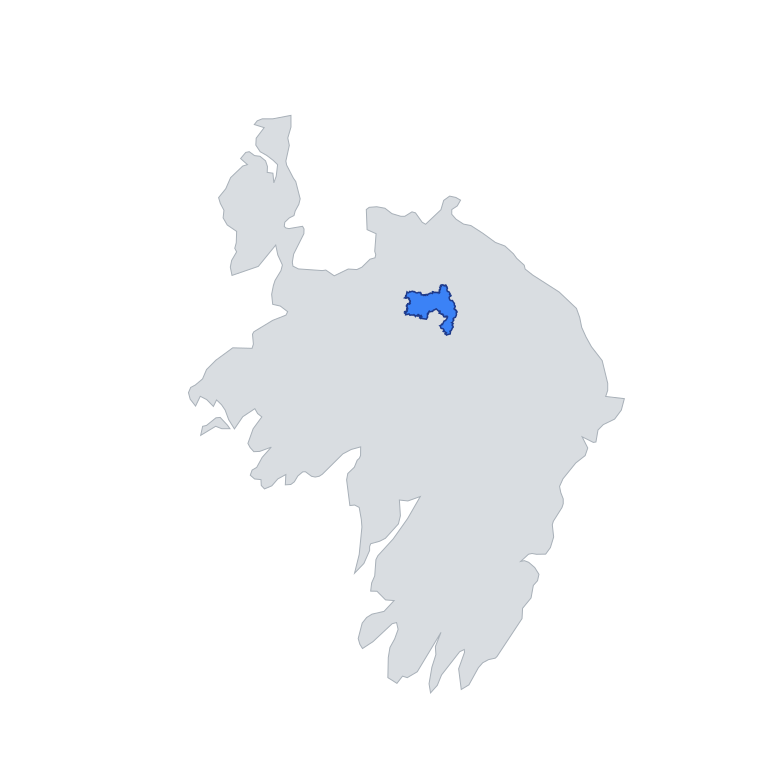 Kinnegad Lea-5, Westmeath, Ireland shown in context, rotated 318°
{"feature_id": "5873133B19400646094396", "entity_name": "Kinnegad Lea-5", "entity_type": "district", "adm_level": 2, "iso_a3": "IRL", "parent_name": "Ireland", "parent_adm1": "Westmeath", "projection": "orthographic", "projection_center": [-7.232, 53.592], "detail": "fine", "context": "in_parent", "style": "filled", "palette": "blue", "viewbox_px": 768, "rotation_deg": 318, "n_neighbors": 0, "source": "geoboundaries", "source_scale": "gbopen_adm2", "svg_char_len": 9474}
<svg xmlns="http://www.w3.org/2000/svg" viewBox="0 0 768 768"><g transform="rotate(318 384 384)"><path d="M473.3,143.3L460.2,152.7L458.1,156.2L454.4,170.4L453.9,174.5L445.6,190.3L440.9,193.5L433.8,196.0L429.8,198.6L424.8,197.2L418.5,197.4L415.3,200.2L415.5,202.4L417.3,204.9L429.0,212.3L428.3,215.3L425.0,218.7L403.8,227.0L397.4,232.1L395.2,235.5L397.4,241.2L414.1,258.5L417.0,260.4L419.4,270.3L434.3,274.6L440.4,280.8L445.7,282.4L457.1,281.9L461.8,284.2L464.4,282.4L465.9,279.2L478.7,267.0L474.7,258.0L487.6,242.5L491.2,242.8L497.2,247.4L502.3,254.0L503.9,262.7L508.7,270.6L511.7,273.3L520.0,274.8L521.9,277.9L520.6,289.3L521.8,293.1L542.9,292.6L551.2,287.5L558.5,288.3L562.2,293.4L563.9,298.6L557.6,300.7L551.1,299.7L547.9,303.2L547.8,309.8L550.1,318.4L554.6,324.4L558.3,338.1L561.5,353.3L566.2,362.4L567.3,373.8L566.7,379.4L567.7,389.5L565.8,393.0L567.4,402.5L575.7,432.8L577.6,456.6L573.9,465.6L568.8,474.2L565.6,484.2L563.1,495.1L561.8,512.6L550.7,533.2L546.0,538.4L540.4,541.6L552.8,555.7L542.9,562.2L531.9,564.4L519.8,560.9L512.2,561.4L502.7,568.9L500.5,567.5L495.9,555.8L492.6,567.9L485.6,571.8L473.6,571.0L453.6,574.2L445.9,577.6L442.7,583.0L440.3,589.3L437.1,592.9L433.6,594.9L418.0,599.3L414.9,601.2L407.7,611.2L398.2,616.9L390.3,618.6L383.4,612.6L380.6,609.0L377.5,607.2L366.8,607.3L370.1,609.2L372.2,613.3L373.2,621.3L371.8,629.1L366.5,632.9L360.2,633.6L350.1,641.4L336.9,643.4L329.6,650.7L285.7,662.1L283.3,662.2L277.3,658.8L270.9,657.2L264.3,658.0L245.8,664.4L237.0,662.7L248.9,645.6L264.3,637.3L266.0,635.0L261.1,633.6L232.1,638.7L222.0,643.6L211.9,644.7L216.9,636.9L230.1,626.5L241.5,619.8L246.5,613.5L260.2,606.7L216.2,620.1L204.8,617.8L202.3,613.5L193.3,615.1L190.4,604.8L204.2,590.1L212.1,583.8L221.3,580.6L230.3,575.8L233.7,569.7L229.7,567.6L203.5,568.1L191.0,566.2L191.9,561.3L194.5,555.9L207.8,547.1L214.9,545.9L221.1,547.0L231.9,553.0L246.6,551.7L240.7,545.5L240.1,533.3L235.5,529.0L241.7,523.6L248.7,520.4L260.5,509.1L264.6,507.5L287.1,505.3L311.5,499.8L335.7,491.9L323.5,486.9L317.8,480.5L308.0,492.9L301.1,497.6L281.8,499.6L275.7,498.0L267.2,493.8L264.5,495.2L261.9,498.1L249.0,503.9L235.5,504.9L251.5,494.1L271.9,475.5L276.5,469.5L283.0,459.1L281.2,454.3L277.3,451.5L292.1,430.2L297.2,426.3L306.3,426.0L313.1,422.7L316.0,422.7L318.7,421.5L324.6,415.1L315.8,410.7L306.6,408.4L277.8,409.8L274.1,409.2L270.6,407.1L268.4,404.1L266.9,396.6L264.8,394.9L258.4,394.7L251.9,396.7L247.5,396.3L243.2,392.9L250.5,385.6L241.6,383.5L232.5,384.6L225.0,382.0L224.9,377.3L228.6,372.7L224.3,368.0L223.6,362.3L228.4,359.7L233.6,360.8L244.4,357.0L258.0,355.5L246.5,350.9L242.0,347.2L242.0,341.7L243.1,337.1L256.8,329.7L271.2,326.7L270.3,321.5L271.5,315.9L257.2,313.8L242.8,317.3L244.7,306.6L248.5,297.1L249.4,290.7L248.9,283.8L242.2,286.5L241.8,276.9L239.2,270.2L229.2,274.3L229.8,265.6L232.9,259.6L238.1,257.2L243.1,258.5L252.6,258.8L261.8,254.5L275.0,253.8L295.8,255.9L309.8,269.2L313.6,267.0L319.6,259.0L322.3,258.1L343.8,262.2L357.2,267.2L360.8,265.8L359.1,256.7L354.6,250.3L360.5,242.2L367.7,236.8L372.4,234.1L383.3,230.8L388.1,227.6L391.4,217.1L396.5,208.3L369.3,212.5L343.7,201.6L348.0,194.3L353.5,190.2L362.9,187.2L363.9,183.3L368.7,180.2L376.6,172.0L373.9,160.9L375.6,152.9L381.3,147.8L383.2,140.3L385.8,134.8L397.1,133.0L408.1,128.0L424.9,127.5L429.3,129.6L428.3,120.5L436.2,119.4L439.3,121.2L440.6,127.6L444.2,131.8L445.3,138.9L442.9,144.4L438.8,148.6L442.5,153.0L436.7,160.8L442.9,157.5L451.7,149.8L451.3,143.6L449.8,135.6L447.4,128.5L448.6,120.7L453.5,115.8L466.5,113.3L461.2,104.4L465.9,103.6L471.0,105.5L478.6,112.4L494.6,122.1L486.8,130.8L477.1,136.8L473.3,143.3ZM240.1,310.0L239.6,314.1L233.5,308.6L230.6,302.8L213.4,299.5L220.9,294.1L224.3,296.0L236.5,296.7L239.9,299.2L240.1,310.0Z" fill="#d9dde1" stroke="#a8b0b8" stroke-width="1"/><path d="M446.5,347.1L448.2,348.1L448.5,348.1L449.5,348.7L449.3,349.0L449.3,349.6L449.2,350.0L449.5,350.3L450.0,350.7L450.3,350.7L451.0,351.6L452.3,352.5L452.3,352.8L452.6,352.7L452.6,353.0L452.8,353.3L452.8,353.6L452.7,354.0L452.6,354.4L452.8,354.6L452.7,354.8L453.5,354.7L453.7,354.8L454.0,355.2L454.0,355.3L454.1,355.7L454.8,356.3L455.0,355.9L455.2,355.3L455.9,355.6L456.0,355.4L456.2,355.6L455.8,356.8L456.1,356.9L456.9,357.7L457.5,357.9L457.1,359.3L456.4,358.9L456.1,358.4L455.6,358.1L455.1,358.5L454.7,358.7L454.9,359.1L455.0,359.4L455.4,359.9L455.3,360.0L455.5,360.1L458.9,364.2L461.0,363.5L460.9,363.3L461.6,362.8L462.8,361.4L463.0,361.5L463.0,361.3L463.4,360.8L463.9,361.1L464.0,360.9L464.1,360.7L464.4,360.7L464.3,360.9L464.7,361.1L465.2,360.5L465.6,360.5L465.6,360.3L466.2,360.1L466.5,360.2L466.4,360.5L466.2,360.6L466.2,360.9L466.3,361.0L467.3,361.6L467.7,361.7L467.8,361.8L468.7,362.6L469.1,362.5L469.2,362.4L469.4,362.3L470.1,362.2L470.9,362.5L471.2,362.8L471.4,362.7L473.1,363.1L473.4,366.8L473.7,366.7L474.4,367.1L474.0,367.9L473.7,367.9L473.4,368.0L473.0,368.4L472.5,368.1L472.3,368.2L472.5,368.6L473.1,369.1L473.1,369.3L473.1,369.6L473.4,369.9L473.3,370.4L473.4,370.7L474.4,371.3L474.3,371.7L473.9,372.0L473.9,372.3L474.2,372.4L474.3,372.8L473.7,373.4L473.4,373.9L473.6,374.4L474.4,375.1L474.4,374.9L474.9,374.9L475.1,375.0L475.1,375.3L475.5,375.2L475.7,375.7L476.1,375.7L476.2,375.8L475.9,376.2L476.1,376.7L474.5,377.5L472.3,378.0L471.1,377.6L470.7,377.4L468.7,378.3L467.9,378.6L467.5,378.6L467.3,378.8L467.1,378.2L466.3,378.4L465.6,378.4L464.5,378.1L464.6,378.6L464.5,379.1L463.7,380.4L463.7,380.7L464.1,381.5L464.2,381.8L464.7,382.0L464.9,382.6L464.9,383.1L464.8,383.5L464.6,384.3L463.2,384.4L463.2,384.7L463.8,385.3L464.0,385.2L464.6,387.5L464.1,387.4L463.8,387.2L463.1,387.3L462.9,387.4L462.8,387.6L462.9,387.9L463.5,388.6L463.3,388.8L463.2,388.9L463.2,389.5L463.3,389.6L464.3,389.7L464.6,390.0L466.7,391.1L468.2,389.8L468.4,389.5L468.2,389.1L468.3,389.0L468.6,388.9L468.9,389.2L470.2,389.1L470.4,388.9L471.0,388.8L471.2,388.6L472.3,388.1L473.1,388.1L473.3,387.9L473.6,387.9L474.0,387.1L474.0,386.6L473.8,386.2L474.1,385.9L474.2,385.7L474.9,385.4L475.7,385.5L475.6,384.4L475.4,383.8L476.2,384.0L477.8,383.3L478.6,383.2L478.7,382.4L478.8,382.4L478.8,382.1L479.1,382.0L479.2,381.7L479.7,381.6L479.8,381.7L481.0,381.9L481.6,382.2L482.2,382.0L482.5,381.7L482.9,381.7L483.4,381.4L483.7,381.3L484.4,380.8L485.2,379.6L485.8,379.1L486.1,379.1L486.3,379.3L486.4,379.1L486.8,378.9L486.8,378.6L486.6,378.4L486.8,377.9L486.5,377.6L486.5,376.7L486.9,376.8L486.9,376.3L486.5,375.6L486.3,375.4L486.3,375.1L486.7,374.8L487.4,374.7L487.8,374.4L488.6,374.3L489.0,373.8L489.1,373.3L488.9,373.1L489.0,372.5L490.3,371.1L490.2,370.5L490.4,369.0L490.7,367.8L489.6,366.9L489.2,366.1L489.5,364.6L490.2,363.4L491.0,363.0L492.7,363.3L493.1,363.0L492.6,362.1L492.6,361.9L492.6,361.4L493.3,361.3L493.3,361.1L493.5,361.1L493.9,359.2L493.9,358.7L493.2,357.9L493.3,357.4L493.2,357.1L493.4,356.8L493.7,356.2L494.1,355.8L495.2,355.3L495.4,354.8L495.3,354.6L495.5,354.3L495.4,354.3L495.4,353.9L495.4,353.4L495.6,353.2L495.6,352.9L495.8,352.9L496.0,352.6L495.7,352.1L496.1,351.9L496.0,351.7L495.7,351.4L495.4,351.5L494.5,351.4L494.5,351.1L494.1,350.6L494.3,350.2L493.9,350.0L493.8,349.8L493.9,349.7L493.7,349.3L493.4,349.3L493.0,348.8L492.7,348.8L492.5,348.6L492.1,348.6L491.8,348.7L491.8,349.1L491.7,349.4L491.8,349.8L491.7,350.0L490.2,349.4L489.9,350.3L489.8,350.7L489.7,350.8L489.7,351.0L489.4,351.1L489.3,351.3L489.0,351.5L488.9,351.2L488.7,351.0L488.2,351.2L488.1,351.3L487.9,351.2L487.2,352.3L487.0,352.8L486.5,353.3L486.3,353.3L486.4,353.2L486.2,353.0L485.8,352.8L485.8,352.5L485.7,352.2L485.3,352.3L485.1,352.1L485.1,351.9L484.7,351.8L484.6,351.4L483.9,350.9L483.9,350.5L483.6,350.3L483.2,350.2L482.8,349.9L482.3,348.4L481.8,347.8L481.6,347.9L481.4,348.4L481.6,348.5L481.3,348.6L481.0,349.1L480.6,349.2L480.4,348.7L479.9,348.3L479.5,347.6L479.0,347.4L478.6,347.5L478.4,347.2L477.6,347.0L477.2,347.0L476.5,346.7L476.2,346.5L475.8,346.6L475.7,346.8L475.6,346.6L475.5,346.3L475.1,345.8L475.2,345.7L474.8,345.4L474.5,345.4L474.1,345.9L473.8,345.5L473.8,344.8L473.6,344.6L473.3,344.9L472.8,344.9L472.4,343.7L471.9,343.3L471.7,343.0L471.8,343.0L471.6,342.8L471.7,342.6L471.7,342.3L472.0,341.8L471.9,341.6L472.2,341.3L472.0,340.9L472.3,340.7L472.4,340.4L472.2,340.2L471.9,340.2L471.7,340.1L471.5,339.6L471.2,339.2L470.5,338.9L470.4,338.8L470.0,338.8L469.5,338.4L469.1,338.0L468.7,337.3L468.7,336.8L468.5,336.3L468.5,336.1L468.3,336.0L467.9,335.6L468.1,335.3L467.5,334.7L467.1,334.0L466.9,334.0L466.5,333.7L465.0,333.1L465.0,332.5L463.3,332.6L462.8,331.9L462.7,331.0L459.7,333.1L459.3,332.9L459.2,333.1L458.9,333.2L458.9,333.4L458.4,333.6L458.0,333.9L457.0,333.8L457.6,334.7L457.6,334.9L457.8,335.1L458.0,335.1L458.2,334.8L458.7,334.8L458.8,335.0L459.1,335.0L459.2,335.4L459.1,335.6L459.3,336.0L459.7,336.0L459.8,336.1L459.5,336.8L459.9,336.9L459.9,337.0L460.0,337.3L459.6,337.4L459.4,337.8L459.2,337.9L459.2,338.2L459.3,338.4L459.0,338.7L459.1,339.0L459.0,339.3L459.2,339.6L459.1,339.9L459.0,340.0L458.8,340.2L458.7,340.4L458.3,340.6L458.2,340.4L458.0,340.6L457.9,340.4L457.7,340.5L457.5,340.4L457.3,340.6L457.4,340.9L457.2,341.1L457.3,341.6L457.0,341.6L456.4,341.8L455.8,340.8L455.3,340.2L454.5,340.8L454.2,340.8L453.9,340.6L453.7,341.1L452.8,341.0L452.7,341.6L452.6,341.8L452.7,342.0L452.8,342.3L452.1,343.6L451.5,343.2L451.2,343.9L451.3,343.9L451.2,344.2L450.7,343.9L450.4,344.4L450.5,344.6L450.4,344.9L450.4,345.0L449.8,345.4L449.6,345.1L449.3,345.0L448.5,344.3L447.8,344.1L447.7,344.6L448.0,344.8L448.4,345.5L447.7,345.9L446.8,345.3L446.9,346.8L446.5,347.1Z" fill="#3b82f6" stroke="#1e3a8a" stroke-width="1.5"/></g></svg>